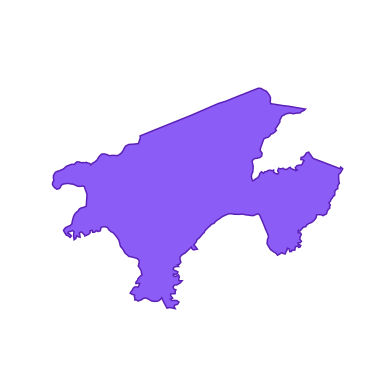 the district of Toledo, Paraná, Brazil, rotated 290°
{"feature_id": "56859067B98926279804018", "entity_name": "Toledo", "entity_type": "district", "adm_level": 2, "iso_a3": "BRA", "parent_name": "Brazil", "parent_adm1": "Paraná", "projection": "robinson", "projection_center": [-53.821, -24.698], "detail": "fine", "context": "isolated", "style": "filled", "palette": "violet", "viewbox_px": 384, "rotation_deg": 290, "n_neighbors": 0, "source": "geoboundaries", "source_scale": "gbopen_adm2", "svg_char_len": 5709}
<svg xmlns="http://www.w3.org/2000/svg" viewBox="0 0 384 384"><g transform="rotate(290 192 192)"><path d="M226.9,124.0L225.7,124.8L219.2,125.1L218.0,122.8L216.9,120.6L216.3,119.0L215.0,116.3L212.5,113.9L210.2,113.4L208.0,113.2L204.8,112.4L202.9,111.3L201.1,110.1L200.4,108.7L199.4,105.1L198.6,103.4L197.8,101.8L198.1,99.7L197.9,97.2L197.0,94.5L195.6,93.5L194.2,92.9L191.9,92.2L190.1,92.0L188.8,91.3L187.0,90.5L185.4,88.9L182.8,87.6L183.9,86.2L183.5,84.5L183.8,82.7L182.9,81.3L182.2,79.2L181.6,77.5L181.6,75.6L181.0,73.6L179.8,72.8L177.7,72.0L176.9,69.5L176.0,68.3L175.0,67.2L173.6,65.5L172.0,64.4L170.6,63.9L169.0,62.7L167.8,61.3L166.5,60.1L165.5,58.4L163.8,56.9L161.7,56.4L159.9,56.2L157.7,57.0L155.4,58.3L153.6,57.8L151.5,58.2L150.2,59.5L149.0,61.6L148.4,64.2L150.1,66.3L151.8,66.7L153.4,66.8L155.0,67.8L156.3,69.8L157.6,72.4L158.2,75.5L158.7,77.9L158.5,80.5L158.3,82.6L158.9,84.6L160.2,87.1L160.3,88.9L157.8,90.9L155.0,93.3L153.3,94.3L147.5,96.0L142.4,97.5L140.0,94.7L138.8,92.9L137.0,91.7L135.5,91.6L133.5,90.3L131.3,89.5L129.8,89.2L128.0,89.1L123.7,89.5L120.9,90.0L118.7,89.0L117.4,87.4L115.5,85.5L114.0,84.8L111.9,84.4L110.4,86.1L108.5,88.5L108.5,90.6L107.6,93.0L109.3,93.7L110.5,92.2L110.8,89.4L112.3,89.7L113.5,91.5L114.9,92.9L114.3,94.6L112.9,95.0L110.5,95.6L106.8,97.5L108.4,98.7L109.8,98.7L111.3,98.7L111.1,100.4L111.2,102.3L113.2,101.3L115.0,100.1L116.8,101.8L115.8,103.6L115.2,105.4L114.0,106.3L115.4,107.8L117.0,109.4L118.9,110.2L120.5,109.3L121.8,111.2L120.2,112.4L120.8,114.1L123.1,115.4L122.6,117.0L124.2,119.1L127.7,118.6L128.6,119.9L129.5,121.8L129.8,124.8L128.0,126.8L127.0,129.7L126.8,131.6L126.0,133.5L125.1,134.9L123.5,137.4L121.8,139.7L119.4,141.4L116.3,143.5L115.5,145.2L114.2,147.2L112.9,148.5L111.5,150.4L110.9,152.3L109.9,154.6L110.4,157.9L110.8,162.8L110.0,165.1L108.5,166.3L105.8,166.6L103.9,166.9L102.8,168.7L101.4,170.2L100.3,171.5L98.7,172.1L97.0,173.4L95.6,172.4L93.3,171.4L92.0,170.9L90.5,171.0L88.2,170.2L86.7,170.6L87.4,172.1L88.3,174.1L85.9,174.1L84.3,174.0L83.7,171.7L83.0,170.4L81.2,169.6L79.8,169.6L77.7,168.8L75.8,168.5L75.4,170.8L75.4,173.4L73.7,173.7L72.5,174.8L71.0,175.1L71.6,177.0L71.1,178.6L73.4,181.4L74.8,182.2L76.1,183.7L76.7,185.4L76.3,188.2L75.8,191.4L76.3,193.9L77.3,196.5L78.8,198.2L80.3,199.1L82.2,199.7L78.4,203.6L74.3,208.2L75.7,210.3L76.2,212.5L76.6,216.1L78.2,214.5L79.6,214.2L81.5,216.8L84.1,217.4L84.8,214.8L84.1,212.5L83.1,210.0L84.0,208.3L85.6,210.1L87.5,207.2L88.9,206.7L90.7,210.9L93.1,210.2L94.6,210.3L94.5,208.3L96.3,206.7L98.6,207.3L99.6,209.6L101.4,211.1L102.6,212.1L105.2,213.1L104.2,210.2L105.8,209.2L107.8,209.2L109.5,207.7L108.1,206.6L106.8,205.5L107.0,202.9L108.7,202.7L108.9,204.9L110.3,206.1L112.1,206.1L112.4,204.2L112.3,202.2L113.0,200.6L115.5,201.0L116.6,202.8L117.4,204.9L118.7,203.3L119.6,204.7L122.2,205.6L124.9,203.6L126.6,203.0L128.2,203.5L129.9,204.3L132.2,206.3L135.8,208.1L140.1,210.2L138.5,211.6L138.1,213.1L140.1,216.6L142.1,213.7L142.8,211.8L146.6,213.0L148.9,213.0L151.9,214.8L154.3,215.6L156.7,216.5L158.0,217.3L160.0,217.4L164.5,219.4L166.1,220.5L167.6,220.9L168.8,221.9L170.2,223.5L172.2,224.1L174.2,225.3L176.6,227.2L178.9,228.6L181.9,231.5L184.0,233.9L185.1,236.5L185.5,239.2L187.4,244.7L188.5,246.8L189.0,250.6L189.6,252.9L190.1,255.6L190.9,257.9L193.2,260.3L194.2,262.1L193.1,263.9L191.5,265.3L188.4,268.3L185.8,270.7L181.9,274.1L179.0,277.0L176.3,279.2L173.0,279.2L169.1,280.2L167.1,282.5L165.4,284.5L164.5,286.2L163.6,289.7L163.2,292.0L161.8,294.0L165.7,297.2L165.4,299.1L165.7,300.8L168.1,300.8L170.3,301.2L171.8,300.8L171.8,302.6L169.4,304.2L170.1,305.8L171.6,305.9L172.5,308.5L175.8,307.9L177.6,310.0L176.3,311.0L177.3,312.4L179.0,312.5L179.2,310.0L180.5,309.0L181.3,311.0L183.2,311.7L184.5,309.4L186.5,309.0L189.5,309.2L190.6,308.1L190.1,305.7L192.4,305.1L192.1,306.7L195.1,307.9L197.0,308.6L198.3,310.8L199.9,311.0L201.3,311.8L202.5,312.6L203.6,314.1L204.8,315.1L207.0,316.4L209.8,317.3L211.2,317.3L213.2,316.9L214.1,318.9L214.8,321.0L214.6,323.3L216.1,324.6L217.6,325.9L219.7,325.6L222.3,326.0L223.9,327.0L225.5,326.2L227.0,326.5L228.7,324.3L230.8,325.2L232.5,325.2L234.5,325.9L236.4,326.1L237.5,327.2L239.0,326.8L241.4,326.0L243.4,326.5L245.0,327.8L247.5,326.9L249.0,327.0L250.7,327.5L252.6,326.2L257.4,324.2L259.1,323.9L260.6,324.9L262.7,325.3L265.4,325.7L266.3,323.2L264.5,323.2L264.7,314.9L265.0,294.2L269.4,288.0L267.8,286.1L265.4,285.6L263.2,284.7L261.8,282.7L259.7,283.2L260.2,284.9L259.7,286.6L257.9,286.0L256.2,286.2L254.6,285.3L254.1,283.8L252.7,281.7L250.3,280.7L249.1,281.8L248.6,283.4L247.5,282.2L247.9,280.6L247.8,277.3L248.8,275.8L247.7,274.7L245.7,273.4L244.9,271.2L245.5,269.4L244.1,267.7L243.9,265.3L241.2,265.2L240.0,266.8L238.1,266.5L238.1,264.7L238.2,262.3L240.5,261.2L239.3,260.1L239.4,258.3L238.3,256.2L236.9,255.3L235.8,253.4L234.1,252.8L234.7,250.3L232.7,249.5L230.0,249.5L227.8,248.9L226.5,247.6L225.0,246.7L223.2,245.4L224.4,244.0L226.7,242.6L229.0,242.0L231.3,242.3L233.3,241.8L235.7,241.2L237.7,240.4L239.6,239.1L241.4,238.0L243.6,238.4L244.9,239.6L246.0,241.7L247.7,244.1L249.7,245.2L252.6,244.5L254.5,241.7L257.0,241.4L259.7,241.4L262.6,241.3L265.5,241.4L266.9,241.5L268.2,243.0L269.5,244.8L271.4,245.9L273.1,246.2L274.6,247.9L276.5,249.2L278.7,250.2L279.8,248.7L281.9,249.3L284.0,249.8L285.9,250.2L288.1,250.6L289.7,249.9L292.0,250.3L294.1,250.5L295.6,252.0L297.6,253.6L298.7,255.5L299.7,256.8L300.2,260.5L301.7,262.9L303.4,266.7L304.9,267.2L307.0,269.4L308.7,270.2L307.2,262.1L305.5,252.8L304.4,248.4L301.9,235.6L303.8,234.6L305.1,234.2L307.3,233.6L309.2,231.9L311.3,228.9L312.2,227.2L312.4,223.8L313.0,221.7L312.2,218.8L293.9,198.2L289.1,193.0L284.1,186.4L264.1,165.3L243.8,142.7L237.7,135.9L226.9,124.0Z" fill="#8b5cf6" stroke="#5b21b6" stroke-width="1.5"/></g></svg>